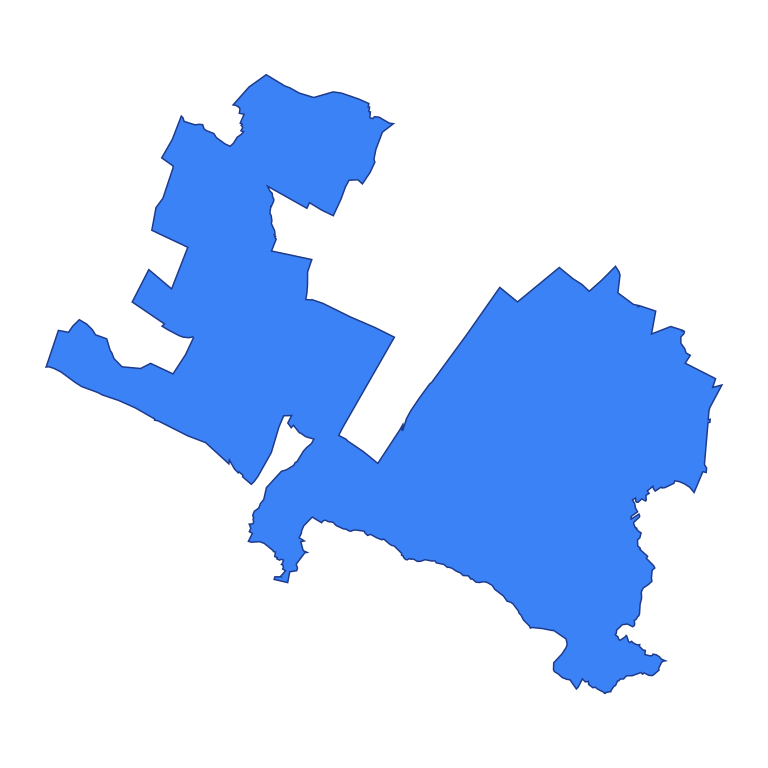 Axapusco, México, Mexico
{"feature_id": "50627088B66488502331387", "entity_name": "Axapusco", "entity_type": "district", "adm_level": 2, "iso_a3": "MEX", "parent_name": "Mexico", "parent_adm1": "México", "projection": "mercator", "projection_center": [-98.73, 19.766], "detail": "fine", "context": "isolated", "style": "filled", "palette": "blue", "viewbox_px": 768, "rotation_deg": 0, "n_neighbors": 0, "source": "geoboundaries", "source_scale": "gbopen_adm2", "svg_char_len": 6109}
<svg xmlns="http://www.w3.org/2000/svg" viewBox="0 0 768 768"><path d="M615.5,266.3L601.6,280.3L589.2,291.3L582.0,284.5L572.8,278.6L559.3,267.5L517.5,301.9L499.8,287.4L466.6,334.8L431.6,382.5L429.8,383.8L418.9,398.7L410.7,410.9L406.5,418.6L402.8,430.3L401.7,429.9L403.1,425.8L402.9,424.4L399.9,429.7L377.8,463.4L363.6,451.8L347.7,441.0L345.9,439.1L338.7,435.4L342.8,427.4L394.4,337.2L375.1,327.6L350.3,316.9L323.0,303.4L311.9,299.6L311.6,300.0L305.7,299.5L306.9,293.1L307.5,284.9L307.6,271.9L311.8,259.6L271.5,251.0L276.2,239.1L274.8,237.1L275.6,236.3L274.1,234.9L275.0,234.4L274.6,230.7L271.3,223.5L271.9,221.0L271.2,215.8L269.9,212.9L270.8,206.6L271.1,206.8L273.7,201.1L273.8,199.1L272.6,196.9L272.2,193.3L270.0,191.1L267.5,186.2L306.9,208.3L309.5,202.7L322.0,210.3L333.3,215.7L341.1,198.9L345.4,187.0L349.1,180.2L357.9,179.8L362.4,183.9L370.1,172.4L374.9,162.1L374.0,159.7L374.2,157.9L375.9,149.4L382.4,132.2L393.4,123.7L389.3,123.1L379.1,117.2L374.7,116.7L372.3,118.6L369.8,117.7L370.4,111.9L368.8,111.6L369.6,107.1L368.1,106.9L368.9,103.6L358.9,99.1L341.5,93.1L333.2,91.9L313.7,97.5L299.1,93.0L290.0,87.9L284.7,85.9L266.2,74.7L249.1,86.9L233.1,104.9L235.6,105.3L238.8,107.1L240.0,109.0L239.3,113.3L244.1,114.2L240.2,123.2L242.3,124.2L241.2,125.4L242.8,127.4L240.9,130.8L243.6,131.8L241.2,134.4L237.1,137.3L233.5,143.2L230.8,145.7L230.0,146.2L225.0,143.9L216.4,137.6L213.8,133.5L206.1,130.5L204.0,128.7L202.7,124.7L199.4,124.3L194.9,124.8L185.4,121.8L184.1,121.3L182.9,117.7L181.3,116.1L172.3,139.4L161.7,157.9L173.0,165.9L173.0,168.0L162.9,198.3L156.0,207.6L151.8,230.3L187.8,247.3L171.6,288.9L148.8,269.6L132.2,302.0L164.4,323.9L162.1,326.2L168.0,329.8L178.8,335.5L183.0,337.1L188.9,337.7L192.9,336.9L193.4,337.9L185.4,354.9L173.0,373.9L150.6,363.4L140.6,368.5L122.0,366.8L114.0,358.6L111.7,352.6L110.2,350.5L106.7,338.8L95.5,334.8L92.4,329.7L86.7,324.1L79.3,319.7L72.7,326.2L68.5,332.3L58.4,330.4L46.1,367.1L48.4,366.7L53.8,368.3L61.2,372.1L75.1,382.4L81.7,386.6L97.5,392.4L102.7,395.1L118.5,400.4L135.3,407.9L154.7,419.0L154.5,420.2L158.0,420.8L187.9,435.9L205.6,442.6L228.9,463.9L229.4,460.0L234.4,468.9L238.3,472.9L239.2,472.0L242.4,474.8L242.9,475.3L242.6,476.8L251.3,484.3L254.1,481.6L257.8,476.6L271.3,452.6L279.0,426.8L283.7,415.8L291.6,415.5L287.8,423.0L291.2,427.7L293.5,425.3L299.4,432.8L300.5,433.0L305.7,436.7L313.9,439.1L311.4,443.6L306.7,447.5L303.3,451.3L297.3,461.2L296.1,462.4L295.4,462.3L293.6,465.4L286.5,469.8L281.4,471.3L266.4,487.7L263.8,499.4L260.5,503.5L258.7,508.1L254.4,511.2L253.5,513.1L252.7,515.7L253.8,517.9L253.0,519.1L253.7,521.9L252.8,523.9L249.2,524.1L250.8,528.3L249.3,531.7L252.4,533.3L248.4,541.3L251.4,542.2L259.7,541.7L264.3,543.4L273.0,550.5L273.4,551.5L275.5,552.1L274.7,556.5L277.3,557.7L276.9,558.9L279.5,560.1L281.3,559.3L283.5,560.2L282.7,562.7L281.4,564.5L282.9,565.2L283.4,567.4L282.6,569.0L285.6,570.7L280.5,576.5L280.9,576.8L274.9,576.8L274.1,579.4L287.7,582.6L289.7,571.8L296.7,570.7L297.5,568.1L296.3,564.6L296.6,563.6L304.7,552.9L307.1,552.4L303.2,550.6L300.8,541.8L304.3,540.9L299.1,537.8L301.4,533.2L301.6,530.9L303.7,525.9L312.2,517.1L321.6,522.7L323.3,520.6L325.7,520.2L328.1,521.6L333.0,522.2L336.1,525.5L343.2,528.8L346.4,529.3L348.9,530.9L351.1,531.2L353.5,530.1L355.6,530.0L364.2,531.2L364.8,532.7L367.5,535.4L370.7,534.4L376.9,537.9L381.2,539.5L382.1,539.8L383.6,539.0L390.0,544.4L391.9,545.5L394.1,545.9L401.5,553.2L401.6,555.3L403.1,555.9L403.7,557.6L405.6,559.5L407.3,559.8L409.4,558.5L410.5,559.2L413.4,559.0L417.3,561.4L420.5,561.3L425.1,559.7L431.7,561.0L435.0,560.9L436.4,562.9L443.8,564.4L447.4,567.4L448.6,567.2L451.9,568.2L456.5,571.3L460.5,572.9L463.1,575.5L468.3,575.8L470.8,579.1L472.4,579.0L476.0,582.2L479.3,582.5L483.7,581.7L487.3,582.5L492.2,585.4L494.8,589.4L503.4,595.9L507.1,601.2L510.7,602.2L513.0,603.9L518.4,611.0L519.0,613.1L521.0,615.2L523.4,619.9L529.2,625.7L530.4,628.1L532.1,627.5L542.7,628.6L552.6,630.6L553.3,630.2L566.0,638.9L567.2,644.0L566.1,647.6L561.9,654.0L553.7,662.8L553.5,669.9L554.5,671.7L558.2,673.9L562.3,677.6L566.7,679.3L570.0,679.8L576.4,689.0L578.2,687.1L582.4,678.9L585.3,681.9L588.4,681.4L588.7,684.5L592.8,687.7L595.3,687.3L598.1,689.4L603.6,692.2L604.5,693.3L605.5,693.3L606.1,692.4L610.9,691.6L611.2,690.2L613.9,686.4L615.6,685.4L617.5,681.0L618.7,680.9L620.3,679.0L623.6,679.0L625.7,676.5L627.5,675.7L632.3,675.7L641.0,672.5L642.5,674.2L644.2,672.9L648.7,675.3L651.9,675.6L653.5,674.9L659.0,670.1L658.7,668.2L661.6,662.3L663.2,661.2L665.4,660.8L661.6,659.3L659.4,656.8L656.3,654.8L653.1,654.1L652.0,655.7L649.8,655.8L644.9,654.6L645.3,650.4L643.0,650.0L639.4,646.3L639.7,644.6L637.4,644.9L635.0,643.9L632.5,642.4L631.7,641.3L629.6,642.6L628.5,641.3L626.7,635.9L626.1,635.5L625.3,636.8L620.1,640.3L619.0,639.6L617.7,636.6L615.2,634.7L616.3,633.4L616.6,630.2L622.3,624.7L627.4,624.0L632.7,626.7L634.2,625.6L634.7,624.0L634.2,620.7L636.4,619.1L637.2,617.2L638.9,615.6L639.5,613.8L640.1,604.3L641.6,598.1L641.3,592.0L643.2,588.0L648.3,584.6L651.9,581.3L651.4,578.1L652.0,571.5L652.5,569.9L654.8,568.0L653.5,565.5L646.4,558.4L647.6,556.3L639.9,549.4L640.4,549.1L639.9,547.7L637.8,546.1L637.5,539.9L639.8,537.9L641.1,532.9L638.6,531.3L636.8,529.3L636.8,528.5L636.2,528.5L636.2,527.9L635.1,527.3L633.6,523.5L633.9,522.2L639.4,517.1L639.7,516.1L639.0,514.1L631.1,519.1L631.2,516.4L637.6,511.8L635.5,508.1L634.7,503.6L632.5,499.9L635.6,498.0L635.8,501.4L636.8,502.2L638.1,502.3L641.7,498.9L645.6,501.0L646.3,500.0L645.9,495.4L649.1,493.4L647.3,490.9L652.9,486.3L653.5,488.7L655.2,491.1L660.8,487.3L661.4,487.1L662.1,488.0L665.0,487.6L673.9,483.3L674.7,480.8L679.5,481.7L684.4,483.8L689.7,487.2L694.1,492.5L702.8,471.7L706.2,472.5L706.6,468.0L704.8,465.3L704.5,463.8L708.0,422.7L709.9,422.3L710.2,419.3L708.2,419.8L709.0,410.6L709.9,407.5L721.9,385.0L712.7,387.4L715.6,378.7L685.2,363.2L690.3,355.3L686.1,353.0L684.8,348.8L680.9,343.3L680.8,337.0L683.8,333.8L684.5,331.8L683.8,330.9L681.9,330.9L682.3,330.2L670.8,326.5L651.5,334.0L655.7,311.1L640.4,306.0L638.3,306.6L639.0,305.6L633.4,304.4L617.9,292.9L620.0,275.0L619.0,271.8L615.5,266.3Z" fill="#3b82f6" stroke="#1e3a8a" stroke-width="1.5"/></svg>